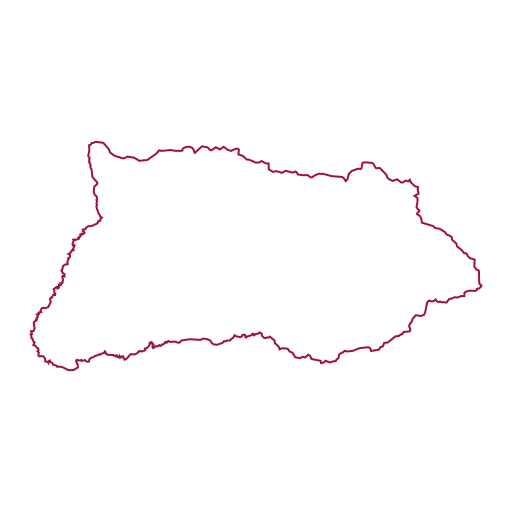 outline of Wiang Pa Pao, Chiang Rai, Thailand, rotated 270°
{"feature_id": "78962969B36758186979365", "entity_name": "Wiang Pa Pao", "entity_type": "district", "adm_level": 2, "iso_a3": "THA", "parent_name": "Thailand", "parent_adm1": "Chiang Rai", "projection": "mercator", "projection_center": [99.403, 19.272], "detail": "fine", "context": "isolated", "style": "outline", "palette": "rose", "viewbox_px": 512, "rotation_deg": 270, "n_neighbors": 0, "source": "geoboundaries", "source_scale": "gbopen_adm2", "svg_char_len": 5988}
<svg xmlns="http://www.w3.org/2000/svg" viewBox="0 0 512 512"><g transform="rotate(270 256 256)"><path d="M225.5,481.1L226.7,481.3L228.1,479.5L230.0,479.2L241.1,478.9L241.9,478.2L242.5,476.3L245.6,474.3L252.4,474.7L253.7,470.2L255.5,468.2L258.7,466.2L258.8,464.1L262.3,461.4L265.5,457.1L268.5,456.3L272.2,452.1L274.8,451.8L276.7,449.1L277.2,446.9L280.1,444.7L283.1,439.8L284.0,435.1L285.9,433.2L289.4,421.8L293.2,421.3L295.8,420.1L297.9,417.0L299.1,417.4L300.6,419.2L301.5,419.4L303.3,417.4L305.1,416.5L310.2,417.5L313.8,417.5L316.2,414.6L318.3,418.6L322.3,417.7L325.0,418.0L325.6,415.3L326.4,414.2L329.6,410.9L332.2,409.9L330.6,408.2L331.4,405.8L329.4,402.5L329.5,401.3L332.7,397.1L331.1,392.7L332.8,389.1L334.5,387.3L337.1,386.5L343.3,380.5L344.1,379.4L343.7,377.1L344.1,375.6L348.2,373.4L349.1,372.0L349.7,364.8L349.2,362.6L343.4,361.4L342.9,360.5L343.4,358.2L341.1,351.9L338.0,348.7L333.0,347.6L330.9,345.7L333.7,343.9L335.1,342.1L335.8,331.9L338.1,323.3L338.2,318.5L336.3,314.2L334.7,312.1L334.6,310.6L336.9,307.7L336.8,303.2L337.5,298.0L340.0,296.4L340.5,295.4L339.6,293.9L339.5,291.9L341.2,285.8L339.1,281.7L340.2,279.1L340.9,275.5L340.0,273.4L342.5,268.8L348.6,268.6L348.5,266.2L350.9,261.4L349.4,258.8L349.5,255.5L352.2,249.5L352.6,246.5L356.1,242.9L357.6,238.4L362.3,238.9L363.3,237.8L363.1,235.3L361.1,231.2L362.1,227.8L365.2,223.6L362.6,220.0L364.7,215.8L361.7,211.4L362.0,210.2L364.6,207.6L365.7,202.1L359.1,194.8L362.9,193.3L364.3,191.9L365.3,189.7L365.2,187.5L364.6,185.0L363.3,182.7L361.5,182.4L361.2,181.7L361.2,174.7L362.0,171.0L361.1,161.4L361.7,159.1L358.6,156.6L352.0,147.3L351.2,139.3L354.2,134.4L354.5,133.0L355.4,127.4L354.0,124.8L353.6,123.1L356.1,114.9L359.3,110.2L363.1,108.6L369.2,103.3L370.2,95.5L369.1,93.4L369.0,91.8L367.0,90.3L366.8,89.1L361.4,89.3L356.1,88.2L353.6,89.7L352.0,89.0L351.0,89.5L349.4,89.2L348.9,89.9L346.4,90.7L344.6,90.4L342.5,91.5L335.0,92.4L329.5,97.3L327.9,97.1L325.4,94.3L320.7,93.7L317.2,94.7L315.9,96.4L313.2,97.1L312.0,96.4L310.9,97.1L308.4,96.4L307.0,97.0L305.4,96.4L303.6,96.8L298.4,98.7L296.2,100.2L295.5,100.1L294.4,101.9L292.8,100.4L291.3,100.3L291.0,98.4L289.7,98.1L288.2,96.6L285.8,91.1L285.9,88.4L284.1,85.8L282.8,85.5L282.5,82.8L280.9,82.8L280.2,84.2L279.1,84.5L277.5,82.5L278.4,81.8L277.3,80.1L275.7,80.6L274.4,78.3L273.6,79.0L273.0,78.6L272.1,75.3L272.6,74.3L272.4,73.2L271.0,73.7L268.2,72.5L266.8,72.7L266.5,73.1L266.9,74.2L266.3,74.6L263.1,73.0L261.9,73.6L261.6,71.6L260.2,71.4L259.2,70.0L258.3,69.8L258.0,68.6L256.9,70.0L255.0,69.8L253.9,69.0L253.7,68.1L252.9,68.5L250.5,67.4L247.7,67.6L247.5,65.3L246.1,63.1L241.9,62.1L241.5,61.4L239.1,62.6L238.0,64.5L235.5,64.5L236.1,62.9L235.5,62.2L231.8,63.1L230.3,62.2L229.5,62.7L228.4,61.5L228.7,60.3L228.0,60.4L227.7,61.2L226.8,60.7L227.2,58.9L224.2,58.9L223.5,57.4L224.7,57.0L225.2,57.7L225.2,56.7L222.9,53.6L221.3,54.4L219.7,54.2L218.3,55.3L217.0,55.1L217.3,53.3L214.4,51.9L214.3,50.7L213.1,49.9L210.3,50.8L205.0,48.3L203.7,45.1L204.3,43.3L203.7,41.7L201.0,40.4L199.9,41.2L199.3,38.6L198.0,38.9L197.5,36.9L195.8,38.0L194.3,37.5L194.0,36.5L192.6,36.8L192.1,36.0L191.5,36.4L190.3,34.1L189.0,33.7L188.1,34.3L186.8,33.9L183.8,34.7L180.9,33.5L180.9,31.0L178.1,31.9L177.5,30.7L176.8,31.4L174.1,31.3L173.3,32.6L172.2,32.6L170.1,33.7L169.6,34.6L166.9,33.4L166.4,35.2L164.3,36.9L163.5,38.3L161.6,38.5L160.8,37.5L159.4,38.8L156.4,38.4L155.5,39.9L156.0,41.2L155.6,43.3L153.6,45.0L150.6,45.3L150.1,47.7L149.1,48.4L150.9,48.7L151.5,49.8L150.1,50.2L148.8,52.6L147.4,52.9L146.3,56.6L145.4,56.9L145.2,61.6L141.8,68.6L142.0,73.6L144.6,77.9L147.7,77.7L148.6,76.7L150.2,76.7L150.8,76.0L152.1,76.6L151.4,80.3L152.1,81.3L151.1,82.0L151.9,85.1L150.6,86.0L150.2,88.4L150.7,89.1L152.6,89.3L154.2,91.1L154.8,93.3L156.2,95.3L156.9,98.2L157.8,99.5L157.4,100.6L158.5,101.9L159.0,104.0L160.6,104.8L159.8,105.6L159.1,105.3L157.2,107.4L157.0,113.5L156.2,114.0L156.6,116.5L155.5,116.3L155.7,117.4L155.0,117.9L155.3,118.7L154.8,118.6L155.6,119.1L154.9,119.2L155.4,120.5L154.4,120.4L155.1,121.9L154.8,121.7L154.8,123.4L152.3,124.6L153.6,127.0L157.8,130.5L157.6,134.9L159.1,137.7L160.6,138.5L160.4,139.5L161.1,140.1L160.5,142.0L161.2,144.0L162.0,145.2L163.3,144.9L164.0,147.1L166.4,149.1L167.4,149.7L169.1,149.6L169.9,151.5L168.5,151.7L168.6,152.5L167.5,153.4L165.4,152.3L164.0,153.1L164.7,153.8L164.6,154.6L165.9,155.1L165.5,157.3L166.9,159.4L166.0,160.2L166.2,160.9L167.5,161.9L167.6,163.5L170.1,165.3L170.1,165.8L169.2,165.9L169.2,166.6L171.0,168.3L170.2,169.5L170.3,175.7L169.6,176.9L169.3,179.5L171.5,181.5L172.8,189.8L172.1,200.3L173.3,202.9L173.3,204.3L172.6,207.8L171.4,210.4L169.1,211.7L167.7,213.4L167.2,217.0L169.1,222.5L170.9,224.1L170.6,225.5L171.5,227.1L171.6,230.3L172.8,230.9L174.3,233.2L176.7,234.5L176.0,235.1L174.8,240.2L175.7,242.0L177.0,242.3L177.4,244.7L176.5,245.3L175.1,245.3L174.5,246.3L175.5,247.1L176.7,251.2L178.3,252.5L178.2,253.4L177.3,253.3L176.6,254.0L178.0,255.9L178.6,258.9L179.6,259.6L178.5,261.6L176.0,262.1L174.1,264.2L173.8,265.6L174.5,266.5L174.5,268.6L175.4,269.8L172.3,273.6L171.1,274.8L168.9,274.8L165.7,278.5L162.6,279.7L163.8,282.1L163.3,287.6L160.4,289.7L159.3,292.5L154.7,295.3L153.8,300.2L155.3,302.4L154.5,305.1L157.3,308.3L156.1,310.1L153.0,311.6L151.2,320.5L148.8,321.1L149.7,324.1L151.2,325.6L149.5,329.9L150.7,333.3L150.9,335.8L152.4,336.4L153.8,338.4L157.6,339.2L159.3,341.6L159.4,342.8L161.2,344.6L160.5,347.1L161.1,352.7L163.9,359.8L164.8,368.4L163.7,370.2L161.0,371.2L162.4,379.0L164.8,380.3L165.6,382.9L169.1,384.2L169.5,387.8L175.6,395.4L176.1,398.9L177.6,400.8L177.7,402.1L180.0,403.7L180.6,409.8L182.6,410.4L185.8,409.1L187.8,409.7L190.8,412.0L193.1,412.5L196.8,415.9L196.0,420.7L197.1,424.0L199.7,425.2L209.4,427.1L211.4,429.0L210.6,432.2L211.2,434.0L212.5,435.6L210.6,437.0L209.9,438.6L210.5,440.0L209.9,441.1L209.5,446.6L213.1,449.2L213.2,450.9L214.8,454.8L214.5,457.7L216.0,461.3L215.9,464.3L219.3,464.5L220.4,466.0L221.3,469.4L221.1,475.4L222.1,476.9L223.1,477.0L223.7,479.3L225.5,481.1Z" fill="none" stroke="#9f1239" stroke-width="2"/></g></svg>